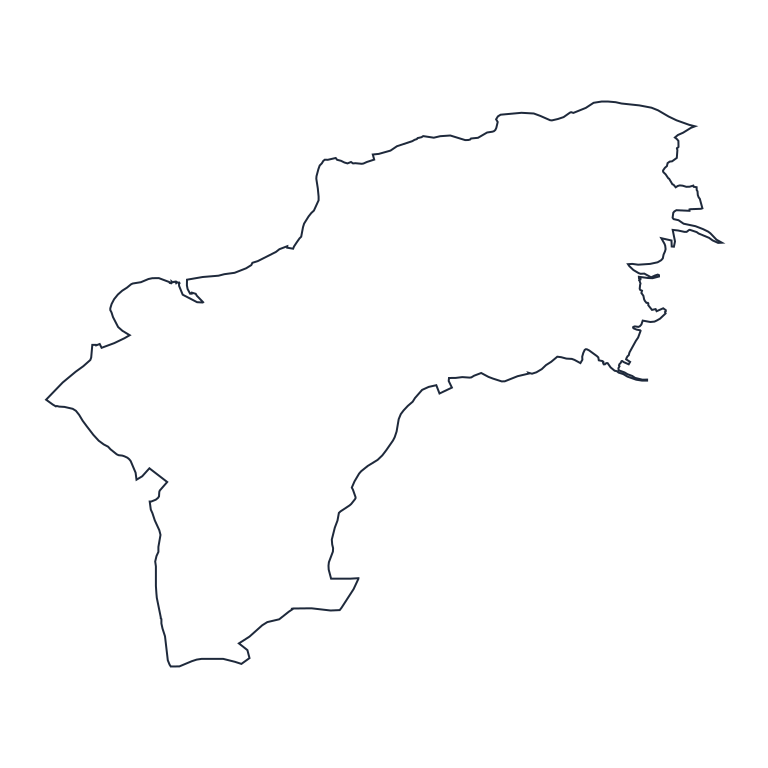 the district of Pogaceaua, Mures, Romania
{"feature_id": "2599482B1933399749660", "entity_name": "Pogaceaua", "entity_type": "district", "adm_level": 2, "iso_a3": "ROU", "parent_name": "Romania", "parent_adm1": "Mures", "projection": "equal_earth", "projection_center": [24.3, 46.666], "detail": "fine", "context": "isolated", "style": "outline", "palette": "slate", "viewbox_px": 768, "rotation_deg": 0, "n_neighbors": 0, "source": "geoboundaries", "source_scale": "gbopen_adm2", "svg_char_len": 6105}
<svg xmlns="http://www.w3.org/2000/svg" viewBox="0 0 768 768"><path d="M339.7,610.1L341.5,607.8L353.6,589.1L358.4,578.8L358.4,578.2L349.9,578.7L331.1,578.7L328.7,569.6L328.5,565.7L328.9,562.2L332.9,551.6L333.1,548.2L332.2,544.5L331.8,539.6L334.8,527.7L337.5,520.5L338.9,512.9L340.5,511.4L349.6,505.4L351.2,504.0L355.0,499.2L355.6,498.0L355.5,497.0L352.9,489.6L351.8,487.6L354.5,481.4L359.1,473.6L361.2,471.2L367.8,465.9L377.6,459.9L382.3,455.4L386.2,450.3L393.0,440.5L394.7,437.2L396.6,431.5L398.7,419.2L400.8,414.1L403.6,410.4L407.8,405.9L412.7,401.7L415.0,398.0L422.1,389.9L428.7,386.9L436.3,385.2L439.5,393.5L451.9,387.6L448.7,381.0L449.0,378.0L455.8,377.9L462.3,377.1L469.5,377.6L471.3,377.4L474.1,375.7L481.2,373.0L488.5,376.9L493.0,378.6L501.7,381.4L504.8,381.3L517.6,376.2L529.1,373.5L528.6,372.8L532.0,373.7L536.4,372.3L541.8,369.1L546.0,365.1L551.2,361.8L557.3,356.7L561.2,357.2L566.4,358.6L571.8,358.9L574.5,359.9L580.4,363.1L582.4,359.7L582.2,356.7L583.3,352.9L584.7,349.9L585.8,349.2L586.9,349.3L589.1,350.4L596.8,356.0L598.3,357.4L598.8,360.3L602.6,361.1L603.5,362.1L603.0,362.7L603.7,364.3L604.9,364.3L606.3,363.1L607.6,363.1L610.6,367.4L614.6,370.7L616.9,371.2L618.6,372.6L623.3,374.1L627.4,376.6L636.2,379.7L642.0,380.6L647.1,380.6L647.1,379.6L642.4,379.7L635.1,377.9L632.3,376.0L627.5,374.2L624.5,372.4L618.7,370.3L618.4,368.2L619.5,366.3L619.0,365.5L619.4,364.2L620.6,363.0L621.6,361.1L622.2,361.0L623.7,362.1L628.7,364.3L630.1,361.9L626.1,359.3L626.5,358.1L627.5,356.3L628.7,355.3L629.5,352.4L635.9,340.8L638.1,337.6L640.6,330.8L640.2,330.3L636.6,329.6L633.7,328.4L633.1,327.7L633.3,326.9L634.8,326.4L638.4,326.9L639.9,326.2L641.4,324.5L642.7,320.6L650.3,322.0L654.5,321.6L656.8,320.5L660.0,318.7L665.6,313.4L665.0,312.0L665.8,311.2L665.8,310.2L663.2,308.3L656.6,311.2L655.6,309.1L652.0,309.9L648.3,305.3L648.3,303.4L647.9,302.9L646.5,302.9L644.8,300.8L644.1,299.3L643.4,295.8L641.4,293.0L642.0,290.7L640.2,289.9L639.7,288.8L640.1,284.8L640.5,283.6L639.5,280.6L639.1,280.2L639.3,279.7L640.4,279.5L640.6,278.9L640.3,278.2L639.0,278.1L638.9,276.8L647.9,278.0L652.5,278.2L659.0,276.5L659.0,275.2L657.8,274.6L655.0,275.5L651.1,277.3L644.3,273.6L640.6,273.8L638.6,273.1L633.4,270.0L629.3,266.1L628.0,264.2L632.3,263.9L638.2,264.7L650.1,263.9L657.6,262.3L661.2,260.2L662.8,258.4L663.6,254.5L665.0,251.4L665.6,249.1L665.2,245.7L664.5,243.8L661.3,238.2L671.5,240.5L671.7,246.5L673.9,246.7L675.0,241.4L672.7,229.9L678.1,230.5L684.6,231.9L686.6,231.9L688.9,230.1L689.8,229.8L696.7,232.1L698.6,233.5L709.0,237.8L712.6,240.4L718.1,242.9L721.9,242.7L716.5,239.7L710.4,233.3L708.1,231.6L703.0,229.1L695.5,226.2L683.6,223.7L678.5,220.2L673.6,219.1L672.6,217.7L673.3,212.7L674.4,211.4L676.4,210.2L689.5,210.8L689.5,209.4L690.4,209.2L700.9,208.8L702.4,208.3L699.8,198.8L698.7,197.4L697.8,195.0L697.5,191.3L696.7,190.0L696.6,187.2L693.7,186.8L693.3,185.6L689.6,186.7L686.3,186.8L682.7,185.7L679.8,185.4L677.7,186.0L675.7,187.3L673.5,184.7L672.4,184.3L669.1,178.7L668.3,178.3L665.6,174.3L663.4,172.2L663.0,171.1L663.1,170.4L664.9,167.8L666.9,166.1L667.6,163.1L669.7,161.6L672.1,161.3L676.8,157.9L677.4,150.0L676.9,148.6L677.0,148.1L678.3,147.3L678.5,146.7L678.4,140.9L676.9,139.1L674.9,137.5L677.9,135.0L683.1,132.7L691.0,127.8L695.0,126.3L689.1,124.8L676.5,120.3L668.6,116.5L658.0,110.3L651.5,107.7L639.4,105.4L621.5,103.5L615.7,102.2L607.6,101.5L601.9,101.5L593.6,102.8L585.8,107.9L573.4,112.9L571.1,112.2L570.0,112.6L563.6,117.1L557.9,119.0L551.9,120.4L550.1,120.2L540.3,115.9L533.8,113.5L521.5,112.8L500.6,114.7L497.9,116.4L496.1,119.3L497.7,122.0L496.3,127.9L495.3,130.0L493.9,131.2L492.4,131.7L487.1,132.5L478.0,137.8L471.0,138.5L470.2,139.5L468.4,140.0L465.2,140.1L450.3,135.5L440.2,136.2L433.8,137.7L423.2,136.1L421.5,137.2L417.6,138.1L416.8,139.1L414.6,139.8L412.4,141.1L397.0,146.2L390.5,150.6L378.8,153.9L372.8,154.5L374.2,159.6L366.8,162.0L363.5,163.5L361.8,163.8L355.4,163.2L353.0,163.4L351.0,162.0L347.5,163.4L344.4,162.5L341.0,160.8L337.1,159.8L335.7,158.0L327.8,159.8L324.8,159.7L323.3,160.9L321.8,163.4L319.7,165.5L318.4,169.1L316.5,176.2L316.3,178.7L317.8,188.4L318.6,196.6L318.6,200.3L313.9,210.6L311.3,213.0L308.6,216.4L304.1,223.6L303.0,227.2L301.2,236.7L299.5,238.4L296.7,242.4L294.0,246.5L293.1,248.7L287.2,247.7L287.3,246.2L279.4,249.2L276.0,251.9L257.8,261.1L252.4,262.8L251.3,265.1L246.1,268.3L234.6,272.8L224.3,274.2L218.5,275.7L202.7,277.0L187.0,279.7L186.9,285.4L187.6,289.0L190.1,293.7L191.6,293.7L191.5,292.8L191.7,292.6L195.7,293.8L196.8,295.7L203.1,302.2L202.7,302.5L197.1,302.2L182.7,294.7L179.1,285.9L179.0,283.6L179.5,283.2L179.4,282.9L179.1,282.5L178.1,282.7L177.1,282.2L176.2,283.1L176.0,282.6L176.2,281.7L175.9,281.5L174.9,282.0L174.2,281.7L173.3,282.1L172.3,282.1L171.5,281.4L171.6,283.0L171.3,283.3L169.7,282.9L169.4,282.2L168.9,281.9L158.8,278.1L152.3,278.2L148.5,279.0L140.9,282.2L132.8,283.5L131.2,284.2L126.9,287.7L122.2,290.7L117.9,294.5L114.1,299.2L111.6,304.0L110.3,308.3L110.3,310.1L111.5,312.4L113.0,317.1L118.1,327.0L122.4,330.8L129.7,335.2L124.5,338.2L114.3,343.1L101.6,347.8L99.7,344.0L96.1,345.4L95.9,344.9L92.3,344.9L91.2,357.5L90.3,360.0L83.3,366.2L75.7,371.7L62.7,382.5L46.1,399.7L52.7,404.5L55.9,406.4L56.8,406.0L59.2,406.6L64.4,406.9L72.7,408.8L75.9,410.8L79.1,414.8L82.7,420.8L86.7,426.2L93.3,434.8L98.7,440.7L103.7,444.4L108.1,446.7L110.5,449.3L116.7,454.3L118.6,455.2L122.3,455.6L124.4,456.3L127.4,457.7L129.2,459.2L130.7,461.1L135.6,472.7L136.5,479.7L142.2,476.3L149.4,468.3L167.2,482.0L159.8,490.5L159.3,491.8L159.0,496.4L158.0,497.9L155.8,499.7L151.3,501.5L149.7,501.5L150.8,509.6L152.4,513.1L154.8,520.4L159.3,530.2L160.5,534.9L158.4,546.9L158.4,551.9L156.5,556.0L155.2,561.5L155.9,566.4L155.9,586.0L156.4,593.3L156.8,597.8L160.8,617.5L160.7,618.1L161.4,619.1L161.4,623.5L162.5,628.5L165.0,636.3L167.8,660.3L169.6,664.7L170.8,666.5L179.4,666.4L191.8,661.2L196.7,659.6L201.4,658.9L223.3,658.9L234.9,661.8L241.4,663.9L249.5,658.1L247.4,650.1L238.9,643.4L249.5,636.6L262.2,625.3L267.3,622.1L279.2,619.3L288.8,611.7L292.4,609.3L292.1,608.7L293.2,608.5L311.5,608.3L330.5,610.5L339.7,610.1Z" fill="none" stroke="#1e293b" stroke-width="2"/></svg>